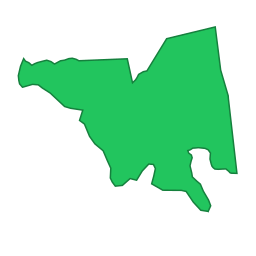 outline of Dire, Timbuktu, Mali, rotated 264°
{"feature_id": "8926073B18441291459751", "entity_name": "Dire", "entity_type": "district", "adm_level": 2, "iso_a3": "MLI", "parent_name": "Mali", "parent_adm1": "Timbuktu", "projection": "natural_earth1", "projection_center": [-3.375, 16.321], "detail": "fine", "context": "isolated", "style": "filled", "palette": "green", "viewbox_px": 256, "rotation_deg": 264, "n_neighbors": 0, "source": "geoboundaries", "source_scale": "gbopen_adm2", "svg_char_len": 1410}
<svg xmlns="http://www.w3.org/2000/svg" viewBox="0 0 256 256"><g transform="rotate(264 128 128)"><path d="M146.6,230.9L149.6,231.0L175.9,226.2L219.4,225.3L212.8,175.8L182.8,152.8L182.4,149.1L180.2,144.2L177.1,142.2L175.0,140.5L172.5,137.2L196.9,134.5L200.0,86.2L201.8,83.5L203.2,79.9L203.2,76.4L202.1,72.0L201.9,67.9L199.3,61.6L202.1,58.3L203.9,54.3L203.6,51.9L203.3,49.8L202.5,44.7L201.7,41.9L200.4,38.9L203.3,36.2L205.2,33.0L207.9,31.5L206.8,30.9L206.6,30.8L200.7,27.6L191.5,24.4L186.7,24.4L183.2,24.8L179.6,27.3L179.6,27.5L181.4,37.6L180.3,43.3L176.7,47.0L170.9,54.3L156.0,67.2L153.6,73.0L150.5,84.9L140.6,80.6L136.5,85.1L123.7,88.9L115.7,93.4L108.0,100.9L97.9,104.0L89.8,106.7L80.1,105.2L75.7,106.8L71.5,109.3L71.5,116.4L77.5,124.8L75.2,131.1L83.8,137.7L90.0,144.9L89.1,149.5L84.8,151.0L77.5,148.6L70.0,145.7L62.5,156.1L60.4,174.6L58.8,179.2L47.3,185.3L38.6,191.8L36.7,198.9L36.6,199.0L42.0,202.1L47.8,200.6L57.3,196.3L64.6,194.1L67.8,191.0L72.6,186.9L76.5,186.7L83.9,185.7L86.5,186.6L87.7,187.0L89.5,187.7L89.9,187.9L91.7,188.7L94.5,188.2L96.2,186.3L96.6,185.8L99.3,185.1L99.3,185.3L99.8,187.5L100.1,188.2L101.2,190.3L101.1,192.7L101.1,195.9L99.7,202.5L98.0,205.4L94.5,207.4L93.6,207.2L88.5,206.3L83.5,207.0L81.3,207.5L79.7,208.5L78.1,210.1L77.5,213.4L77.3,217.7L77.2,218.9L77.1,221.0L74.3,223.8L73.0,224.6L72.3,225.8L71.5,231.6L146.6,230.9Z" fill="#22c55e" stroke="#15803d" stroke-width="1.5"/></g></svg>